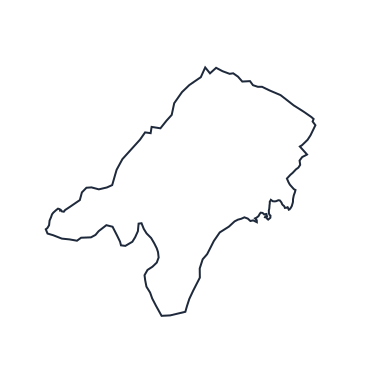 the district of Kissonerga, Paphos, Cyprus, rotated 234°
{"feature_id": "46923920B44271022375599", "entity_name": "Kissonerga", "entity_type": "district", "adm_level": 2, "iso_a3": "CYP", "parent_name": "Cyprus", "parent_adm1": "Paphos", "projection": "mercator", "projection_center": [32.398, 34.835], "detail": "fine", "context": "isolated", "style": "outline", "palette": "slate", "viewbox_px": 384, "rotation_deg": 234, "n_neighbors": 0, "source": "geoboundaries", "source_scale": "gbopen_adm2", "svg_char_len": 2544}
<svg xmlns="http://www.w3.org/2000/svg" viewBox="0 0 384 384"><g transform="rotate(234 192 192)"><path d="M99.0,116.2L102.6,120.8L107.1,127.0L111.4,134.8L114.2,140.3L118.1,148.0L125.6,153.3L131.3,161.1L132.8,167.7L136.0,174.0L139.5,180.8L143.0,190.7L142.3,201.5L143.2,209.2L142.6,213.0L141.4,216.1L140.7,219.5L137.7,221.5L134.2,222.2L133.1,224.8L129.5,226.7L131.1,227.8L133.6,227.5L133.3,229.1L133.4,231.6L134.6,234.2L134.9,235.4L133.6,236.8L131.5,237.2L130.5,239.3L128.3,238.4L129.1,236.9L128.7,236.2L127.5,237.2L127.2,237.2L126.0,237.1L124.9,237.4L125.0,238.9L125.1,240.2L125.6,240.7L126.3,241.2L126.8,241.6L128.0,241.3L128.6,241.4L129.7,241.8L130.4,242.3L131.8,243.2L133.0,244.6L133.9,245.4L134.7,246.1L135.7,246.9L136.8,248.0L138.5,249.3L138.9,250.5L139.3,251.2L137.1,251.9L135.7,253.5L135.0,255.0L134.8,256.3L134.4,257.3L133.5,258.1L131.9,258.2L130.8,258.2L129.5,257.8L128.1,257.8L126.7,258.2L125.3,258.1L124.6,257.8L123.8,259.0L123.5,260.4L122.1,260.2L120.8,259.9L120.6,260.8L121.2,262.8L122.0,264.5L123.7,266.7L124.7,267.9L126.8,269.5L129.4,272.3L131.3,275.1L132.8,276.9L134.4,276.1L137.2,275.8L140.5,275.5L143.1,275.8L147.1,276.7L147.4,278.3L148.1,281.8L148.3,284.6L149.2,289.4L149.2,292.4L150.4,295.5L154.2,297.5L155.5,301.7L154.7,306.8L154.7,307.1L165.4,306.0L165.2,308.5L166.3,316.2L168.2,321.2L173.5,331.1L178.1,331.0L179.6,333.3L182.6,332.6L191.2,329.6L202.3,325.2L218.3,320.6L228.5,314.5L235.9,310.5L238.4,307.1L242.6,304.1L247.6,304.1L251.8,297.6L258.3,297.0L263.8,295.1L263.9,294.9L265.5,291.9L271.8,287.7L278.3,284.5L277.4,276.3L285.0,275.9L279.7,266.6L279.8,264.2L280.1,252.7L278.7,242.6L274.3,229.8L266.3,220.9L264.7,213.3L262.1,203.9L268.4,197.6L263.9,193.1L267.8,189.1L264.9,180.7L262.6,169.7L259.5,155.0L254.3,144.1L251.3,140.2L244.5,131.5L245.7,125.8L248.9,118.2L254.8,113.4L257.5,109.1L256.4,102.7L251.4,96.5L251.7,86.4L251.7,85.7L252.0,78.8L251.4,76.7L253.0,75.2L254.4,75.3L254.6,74.4L255.8,74.9L257.3,73.8L257.2,71.2L256.8,67.6L256.2,65.6L254.5,63.2L252.6,60.0L249.1,56.8L247.8,53.7L247.8,51.8L243.3,50.7L238.6,54.3L230.8,59.3L225.6,65.1L220.2,70.3L220.2,75.4L214.7,83.6L214.0,88.7L215.2,93.5L215.5,103.2L210.6,107.3L206.7,106.7L200.9,105.8L194.1,104.6L190.6,103.2L187.6,106.4L186.8,114.5L188.8,119.4L192.1,125.2L197.8,130.2L196.4,132.8L190.5,131.3L185.2,130.9L178.8,131.9L172.7,131.3L167.2,130.4L163.4,129.2L158.6,126.5L155.6,122.0L154.8,116.1L155.1,110.2L152.6,104.7L148.2,102.3L142.2,99.5L135.3,99.0L129.2,97.2L121.2,96.0L109.7,94.6L105.0,101.8L99.0,116.2Z" fill="none" stroke="#1e293b" stroke-width="2"/></g></svg>